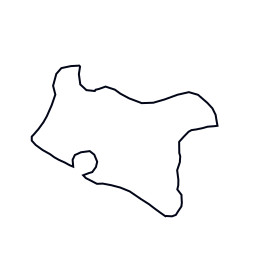 outline of Lankaran District, Lankaran, Azerbaijan, rotated 126°
{"feature_id": "54616110B2076465815790", "entity_name": "Lankaran District", "entity_type": "district", "adm_level": 2, "iso_a3": "AZE", "parent_name": "Azerbaijan", "parent_adm1": "Lankaran", "projection": "equal_earth", "projection_center": [48.748, 38.769], "detail": "fine", "context": "isolated", "style": "outline", "palette": "ink", "viewbox_px": 256, "rotation_deg": 126, "n_neighbors": 0, "source": "geoboundaries", "source_scale": "gbopen_adm2", "svg_char_len": 1238}
<svg xmlns="http://www.w3.org/2000/svg" viewBox="0 0 256 256"><g transform="rotate(126 128 128)"><path d="M192.6,136.5L193.3,132.7L191.4,120.3L187.8,115.7L184.1,107.9L180.7,99.2L178.3,89.4L177.9,75.8L177.3,66.4L177.5,59.2L177.5,50.9L177.4,45.8L176.8,45.5L173.6,40.5L170.2,38.2L165.6,38.5L160.1,38.7L156.8,40.5L153.4,43.3L150.7,45.4L148.7,52.0L144.9,53.6L140.3,56.8L133.3,63.4L125.3,65.9L120.2,69.1L118.1,71.8L112.1,76.3L110.9,77.2L109.1,78.5L102.4,77.8L95.5,76.8L92.4,75.4L89.0,71.9L84.4,67.7L80.1,64.3L75.4,58.8L73.6,56.9L69.3,61.4L65.9,64.8L62.5,71.2L61.0,78.7L60.0,90.9L63.2,99.8L72.0,107.5L83.3,115.1L92.7,122.4L99.8,131.5L103.4,144.7L104.7,154.4L104.7,161.2L107.7,170.5L113.7,174.6L116.1,176.7L117.6,176.6L121.8,183.9L120.8,192.2L113.3,199.4L106.5,202.9L106.2,204.1L108.4,206.8L111.6,210.7L118.7,217.1L126.4,217.8L137.9,213.4L143.7,206.4L154.6,203.1L166.1,200.6L173.0,199.8L181.5,199.8L188.5,200.4L191.5,200.8L193.6,199.3L194.8,198.4L196.0,192.6L196.0,184.1L195.0,175.7L195.0,170.3L194.4,165.2L193.1,158.9L192.4,153.4L191.5,149.6L186.3,154.1L181.1,155.1L178.0,153.3L175.3,151.8L169.2,145.4L169.3,142.2L169.4,139.6L173.4,133.1L178.4,131.0L184.7,131.0L187.4,133.1L192.6,136.5Z" fill="none" stroke="#020617" stroke-width="2"/></g></svg>